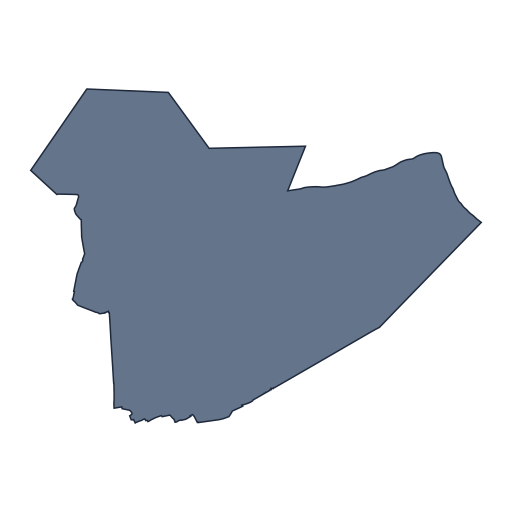 the district of Hulst, Zeeland, Netherlands
{"feature_id": "6326949B4245688321620", "entity_name": "Hulst", "entity_type": "district", "adm_level": 2, "iso_a3": "NLD", "parent_name": "Netherlands", "parent_adm1": "Zeeland", "projection": "natural_earth1", "projection_center": [4.05, 51.332], "detail": "fine", "context": "isolated", "style": "filled", "palette": "slate", "viewbox_px": 512, "rotation_deg": 0, "n_neighbors": 0, "source": "geoboundaries", "source_scale": "gbopen_adm2", "svg_char_len": 5529}
<svg xmlns="http://www.w3.org/2000/svg" viewBox="0 0 512 512"><path d="M50.9,141.1L30.7,170.4L56.9,194.5L57.3,194.4L57.6,194.3L58.0,194.2L58.3,194.1L58.9,194.1L72.9,194.4L77.8,194.6L78.1,195.2L78.2,195.4L78.6,196.1L78.6,196.4L78.7,196.6L77.9,199.2L76.4,204.5L76.1,205.5L76.0,205.8L75.8,206.1L74.4,208.3L74.3,208.6L74.3,208.8L74.3,209.1L74.3,209.4L74.5,210.4L74.9,211.6L75.7,213.8L75.9,214.1L76.0,214.3L76.7,215.1L76.9,215.4L77.6,216.2L79.2,218.0L79.3,218.1L80.1,219.0L80.4,219.2L80.6,219.3L80.9,219.4L81.2,219.5L81.2,220.3L81.3,222.3L81.3,222.7L81.3,224.3L81.6,234.4L81.6,234.8L81.6,236.2L81.6,236.6L81.7,236.9L81.8,237.8L82.0,239.0L82.1,239.9L82.9,244.1L82.9,244.4L83.7,248.9L84.6,253.5L84.6,253.9L84.6,254.1L84.5,254.3L84.4,254.5L82.7,259.1L82.6,259.6L82.6,259.8L82.7,260.1L82.8,260.3L82.8,260.7L82.5,261.4L82.5,261.5L82.4,261.7L81.9,262.0L81.3,262.3L81.1,263.0L80.9,263.4L80.0,266.0L79.8,266.4L79.0,268.6L78.5,269.9L78.2,271.0L77.5,272.8L77.3,273.4L77.2,273.6L76.8,275.4L73.7,291.4L74.4,291.5L74.1,293.3L74.0,293.6L73.0,298.4L73.0,298.6L73.0,298.8L72.4,298.9L72.4,299.2L72.6,299.5L72.9,300.0L73.0,300.2L73.5,300.7L75.0,302.0L75.6,302.6L77.1,304.5L77.4,304.9L77.6,305.0L77.8,305.2L78.1,305.3L78.6,305.6L79.1,305.7L79.3,305.8L83.2,307.4L86.6,308.7L88.7,309.5L94.1,311.6L95.9,312.3L97.9,312.6L98.0,312.7L98.2,312.8L98.3,313.0L98.9,313.4L99.2,313.6L99.4,313.6L99.6,313.7L99.8,313.7L100.2,313.7L104.9,313.0L104.8,312.6L106.0,312.3L108.3,311.3L108.3,312.0L108.8,312.2L108.8,312.3L108.8,312.6L109.1,312.6L109.3,312.7L110.1,325.0L110.7,336.0L110.7,336.7L111.4,347.0L111.4,347.3L112.7,367.4L113.6,382.7L113.7,383.3L113.9,383.3L114.0,387.8L114.0,388.1L114.0,389.5L114.0,390.5L114.1,391.8L114.1,392.3L114.1,394.0L114.1,395.4L114.1,396.2L114.1,398.3L114.1,399.5L114.1,399.8L114.0,401.0L114.0,401.6L113.9,402.4L113.9,403.1L113.9,404.5L114.0,406.4L114.0,407.0L114.1,408.2L121.8,406.9L122.1,408.7L129.8,410.3L131.5,412.3L131.9,413.2L132.0,413.8L131.9,414.0L131.7,414.3L130.1,415.6L129.7,415.8L130.9,419.1L131.0,419.2L131.2,419.8L132.8,419.9L133.6,419.6L135.2,423.0L135.5,422.8L135.8,422.6L136.2,422.4L138.6,421.4L139.9,420.9L140.0,420.9L140.3,420.8L140.6,420.7L141.0,420.6L142.3,420.0L142.8,419.7L143.7,419.2L144.0,419.1L144.4,419.0L144.6,418.9L144.8,419.0L145.7,420.6L147.0,420.3L147.9,421.6L148.9,421.2L149.8,420.6L151.2,419.8L151.5,419.6L151.9,419.4L152.4,419.2L153.0,418.9L153.6,418.6L155.7,417.6L156.2,417.4L158.5,416.6L161.0,415.7L161.3,415.6L161.5,415.8L162.1,416.7L169.9,415.1L172.8,418.3L173.0,418.5L173.3,418.6L173.5,418.8L173.8,419.1L174.1,419.7L174.3,420.0L174.4,420.3L174.7,421.1L174.8,421.4L174.9,421.7L174.9,422.0L175.1,422.3L176.3,422.0L176.8,421.8L177.5,421.5L177.7,421.2L178.2,420.9L178.5,420.8L179.1,420.5L179.2,420.4L179.4,420.4L179.7,420.3L179.8,420.3L180.1,420.3L180.3,420.2L181.3,420.0L181.7,420.3L181.8,420.3L182.0,420.2L183.8,419.7L184.0,419.7L185.5,419.3L186.5,418.9L190.3,416.6L190.7,416.4L190.2,415.8L190.9,415.4L192.5,414.6L194.1,416.3L194.3,416.4L194.3,416.6L197.3,422.4L198.0,422.1L198.2,422.6L218.9,419.7L223.3,418.7L229.0,416.6L231.6,412.5L232.2,411.2L232.9,410.8L241.8,406.7L242.8,406.1L242.4,405.7L241.8,405.4L241.7,405.2L242.3,404.9L242.6,404.9L244.8,404.3L246.5,403.8L247.1,403.6L247.8,403.3L248.7,403.0L250.0,402.4L250.9,401.9L252.7,400.8L253.0,400.0L264.7,393.3L264.6,393.2L265.0,393.1L265.5,392.8L265.8,392.3L266.1,392.5L269.6,390.5L269.8,390.5L270.0,389.6L271.2,389.7L271.3,389.4L271.3,389.2L271.1,388.3L272.2,388.6L273.2,388.6L273.4,387.8L274.3,387.8L305.5,369.8L370.3,332.3L375.3,329.5L377.4,328.4L377.6,328.3L379.4,327.4L398.9,307.2L434.6,270.4L481.3,222.4L480.1,221.5L478.6,220.4L476.8,219.0L476.4,218.7L476.2,218.4L475.5,217.8L474.9,217.2L473.7,216.1L472.6,215.1L471.7,214.5L471.0,214.0L470.4,213.6L470.0,213.2L468.9,212.1L468.0,211.2L467.3,210.4L466.8,209.9L464.2,207.6L463.9,207.3L463.6,207.0L463.2,206.5L462.1,205.1L461.3,203.9L461.0,203.5L460.7,203.2L460.1,202.7L459.7,202.3L459.4,202.0L459.1,201.7L458.6,201.1L458.4,200.8L458.2,200.4L457.9,199.8L455.5,195.1L454.9,193.9L454.3,192.5L453.3,189.6L452.9,188.5L452.2,187.3L451.6,186.2L451.0,184.8L450.3,183.2L449.6,181.3L449.1,180.0L447.9,176.4L446.9,173.4L446.6,172.8L445.6,170.7L444.7,169.0L444.1,167.8L443.5,165.8L442.1,159.5L441.5,156.9L441.2,155.9L441.0,155.4L440.5,154.7L440.2,154.3L439.4,153.6L438.7,153.3L437.9,153.0L436.8,152.8L435.7,152.6L434.7,152.6L433.1,152.6L431.6,152.7L429.8,152.9L428.1,153.1L426.7,153.3L425.1,153.6L423.9,153.8L421.2,154.6L420.1,154.9L418.8,155.5L417.7,155.9L416.0,156.8L414.9,157.6L413.9,158.2L413.1,158.6L412.3,158.9L411.5,159.1L410.7,159.2L409.3,159.3L408.1,159.5L407.3,159.6L406.3,159.9L405.2,160.2L404.3,160.5L403.0,161.0L401.8,161.5L400.8,161.9L400.1,162.3L398.8,163.1L397.3,164.1L395.4,165.3L393.6,166.4L392.9,166.7L392.0,167.1L391.0,167.4L389.4,168.0L386.3,169.1L384.2,169.9L383.5,170.0L381.4,170.3L380.2,170.4L379.4,170.6L378.0,171.0L375.6,171.7L374.6,172.0L374.0,172.3L371.6,173.3L370.9,173.6L370.1,174.0L368.2,174.9L366.9,175.6L365.8,176.0L364.4,176.5L362.3,177.1L361.5,177.3L361.2,177.4L360.8,177.6L359.0,178.5L354.9,180.4L353.4,181.0L351.2,181.9L350.2,182.2L348.6,182.7L344.0,184.0L343.1,184.2L342.1,184.4L338.2,185.1L336.5,185.4L335.2,185.7L333.3,186.0L327.1,186.9L325.1,187.1L323.2,187.1L322.2,187.1L317.5,186.7L316.7,186.7L315.9,186.7L315.2,186.7L311.9,186.8L310.7,186.9L309.2,187.0L307.1,187.2L305.1,187.5L304.4,187.6L300.3,188.9L287.7,190.8L296.3,169.2L305.5,146.2L254.7,147.3L209.1,148.3L192.1,125.0L168.3,92.4L86.8,89.0L50.9,141.1Z" fill="#64748b" stroke="#1e293b" stroke-width="1.5"/></svg>